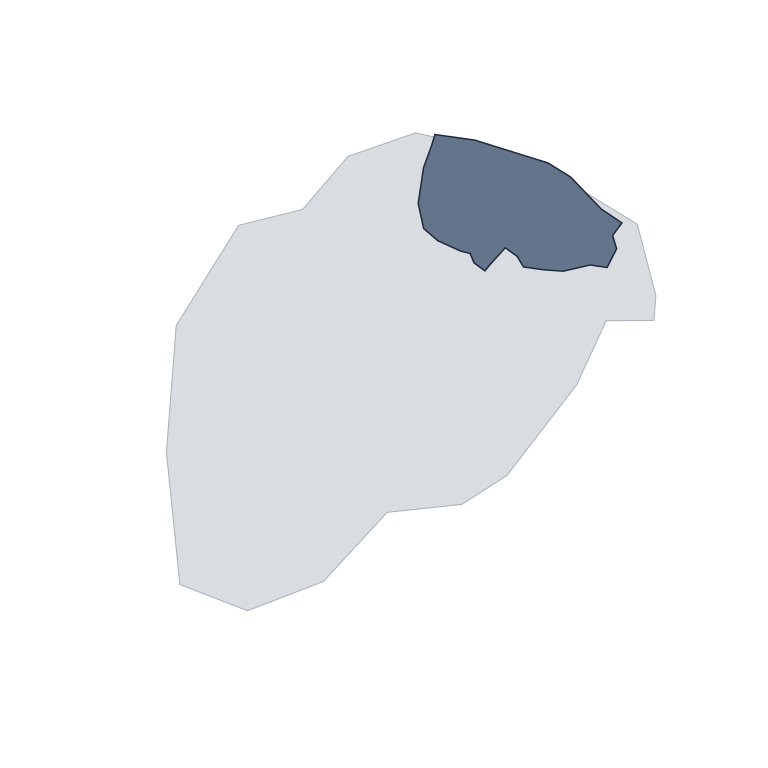 Savanne highlighted on a map of Mauritius, rotated 207°
{"feature_id": "MUS-5195", "entity_name": "Savanne", "entity_type": "District", "adm_level": 1, "iso_a3": "MUS", "parent_name": "Mauritius", "parent_adm1": "", "projection": "robinson", "projection_center": [57.51, -20.457], "detail": "fine", "context": "in_parent", "style": "filled", "palette": "slate", "viewbox_px": 768, "rotation_deg": 207, "n_neighbors": 0, "source": "natural_earth", "source_scale": "10m", "svg_char_len": 773}
<svg xmlns="http://www.w3.org/2000/svg" viewBox="0 0 768 768"><g transform="rotate(207 384 384)"><path d="M470.0,622.0L357.2,651.1L230.9,641.4L181.8,586.1L172.3,563.1L214.7,541.3L212.0,470.4L233.0,358.2L260.0,312.1L322.9,271.1L348.4,180.5L402.7,120.0L474.8,112.6L546.8,224.3L595.7,341.8L585.5,459.5L535.8,502.6L519.4,570.5L470.0,622.0Z" fill="#d9dde1" stroke="#a8b0b8" stroke-width="1"/><path d="M451.9,629.4L413.9,642.5L338.2,655.4L311.5,653.1L269.8,638.5L245.1,635.5L247.7,620.1L238.1,610.1L238.1,589.1L254.4,583.6L275.5,565.9L293.7,558.2L312.8,551.6L323.4,558.2L337.8,560.4L343.5,539.4L345.4,530.6L358.8,532.8L366.5,539.4L376.1,537.2L401.0,536.1L419.2,540.5L435.5,560.4L447.0,594.7L449.8,617.9L451.9,629.4Z" fill="#64748b" stroke="#1e293b" stroke-width="1.5"/></g></svg>